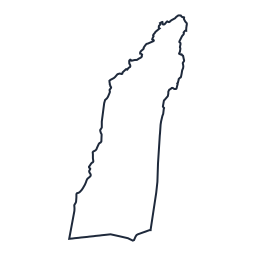 the Province of Hilmand
{"feature_id": "AFG-1750", "entity_name": "Hilmand", "entity_type": "Province", "adm_level": 1, "iso_a3": "AFG", "parent_name": "Afghanistan", "parent_adm1": "", "projection": "equal_earth", "projection_center": [64.341, 31.376], "detail": "fine", "context": "isolated", "style": "outline", "palette": "slate", "viewbox_px": 256, "rotation_deg": 0, "n_neighbors": 0, "source": "natural_earth", "source_scale": "10m", "svg_char_len": 5284}
<svg xmlns="http://www.w3.org/2000/svg" viewBox="0 0 256 256"><path d="M150.6,230.1L149.6,230.1L138.1,234.2L136.6,235.0L135.6,236.5L134.0,240.1L132.8,240.6L127.9,238.2L120.1,236.4L110.6,234.3L104.1,235.0L102.0,235.2L99.9,235.5L97.8,235.7L95.7,235.9L93.6,236.2L91.5,236.4L89.4,236.6L87.3,236.9L85.2,237.1L83.1,237.3L80.9,237.5L78.8,237.8L76.7,238.0L74.6,238.2L72.5,238.5L70.4,238.7L69.2,238.8L74.4,210.9L74.5,208.3L74.3,205.7L74.3,205.2L74.5,204.7L75.6,202.9L75.9,202.3L76.1,201.4L76.4,197.3L76.4,194.5L76.5,193.9L76.8,193.5L77.0,193.2L77.4,193.1L77.7,193.0L78.2,192.9L78.6,192.8L80.0,191.8L81.8,189.8L83.0,188.0L84.9,184.7L85.9,182.4L86.5,180.6L87.0,179.5L87.5,178.7L89.8,176.8L90.5,176.0L90.7,175.4L90.7,174.8L90.6,174.4L90.4,173.9L90.2,173.6L89.6,172.7L89.4,172.2L89.2,171.8L89.2,170.9L90.2,169.1L90.2,168.9L90.2,168.5L89.6,168.1L89.3,167.8L89.0,167.2L89.0,166.7L89.3,166.3L89.7,165.8L91.1,163.6L91.6,163.1L92.0,162.7L92.8,162.3L93.1,161.9L93.3,161.5L93.3,161.0L92.9,158.2L92.9,154.4L92.7,152.3L93.3,151.5L94.9,150.7L95.5,150.3L96.3,149.5L96.6,148.9L97.0,147.8L98.8,143.9L99.2,143.4L99.6,143.0L100.5,142.6L101.3,141.6L101.4,140.7L101.4,140.1L101.6,135.1L101.6,134.5L101.5,134.1L101.3,133.7L100.8,132.8L100.2,130.7L100.3,129.8L101.3,128.4L101.8,127.4L101.8,121.5L104.2,103.1L105.1,100.0L106.9,98.4L107.3,97.8L108.0,96.7L109.5,93.1L109.8,92.3L109.9,91.7L109.6,90.4L109.6,89.9L109.7,89.6L110.3,88.9L110.9,88.1L111.1,87.6L111.1,87.2L110.5,86.5L110.4,86.3L110.3,86.0L110.3,85.8L110.3,85.5L110.2,85.2L109.8,84.6L109.8,84.4L109.8,84.1L109.8,83.6L109.6,82.8L109.4,80.8L110.4,79.9L113.8,78.1L114.5,77.5L115.0,77.1L117.4,74.3L117.8,74.1L118.1,74.0L118.3,74.0L119.3,73.6L119.6,73.6L120.1,73.6L121.4,74.0L122.0,73.9L122.3,73.7L122.4,73.4L122.4,73.0L122.5,72.7L122.6,72.4L122.9,72.1L125.9,69.3L126.2,69.1L126.4,69.1L126.8,69.5L127.1,69.7L127.3,69.5L127.6,69.3L127.8,68.8L128.1,68.4L128.7,67.8L129.3,67.4L130.0,67.0L130.2,66.7L130.3,66.3L130.3,65.8L130.2,65.2L130.0,64.7L129.8,64.3L129.4,63.8L129.3,63.6L129.3,63.3L129.2,62.0L129.2,60.9L129.4,60.5L129.5,60.3L130.0,59.9L130.2,59.7L130.4,59.7L130.5,59.7L130.7,59.8L130.8,60.2L130.8,60.5L131.2,60.7L131.7,60.7L134.7,60.0L136.9,59.9L137.3,59.7L138.7,58.7L140.7,57.7L141.4,57.1L141.8,56.6L141.7,56.3L141.7,55.9L141.8,55.6L142.0,55.0L142.1,54.7L141.8,54.3L141.0,53.8L140.4,53.5L140.2,53.5L140.2,53.3L140.1,53.1L140.2,52.4L140.6,51.6L141.4,50.7L143.1,49.3L143.5,48.9L143.7,48.5L143.7,48.3L143.6,48.1L143.7,47.9L143.8,47.5L144.5,46.4L145.1,45.6L145.7,44.8L146.1,44.3L146.5,44.0L146.8,43.8L147.8,43.6L153.3,41.2L153.6,41.0L153.8,40.7L153.8,40.4L153.6,40.1L153.4,39.9L152.4,39.5L152.2,39.4L152.2,39.2L152.3,39.0L152.5,38.5L152.9,37.5L153.3,36.8L153.5,36.4L153.6,36.1L153.5,35.9L153.4,35.8L153.2,35.7L153.1,35.3L153.4,34.7L153.8,34.1L154.6,33.2L155.0,32.7L155.3,32.1L155.8,31.6L159.6,28.4L158.9,28.0L158.8,27.7L158.8,27.3L158.8,26.6L158.9,26.1L159.1,25.7L160.4,24.4L160.5,24.2L160.4,23.8L160.3,23.7L160.0,23.1L161.8,22.1L162.4,22.0L162.5,22.4L162.5,22.6L162.7,23.9L162.8,24.1L163.0,24.4L163.6,24.5L163.9,24.5L164.1,24.4L164.4,24.3L164.7,24.1L165.0,23.8L166.4,22.1L166.9,21.6L167.2,21.4L167.5,21.5L167.8,21.7L168.1,21.9L168.9,22.1L169.3,22.0L169.6,21.9L170.0,21.4L171.1,20.5L171.2,20.4L171.3,20.3L175.0,18.3L175.2,18.1L175.7,17.5L176.4,16.8L178.2,15.5L178.7,15.4L179.2,15.4L180.8,15.5L181.6,16.6L182.4,17.1L183.8,17.2L184.1,17.4L184.1,17.6L184.1,17.9L184.0,18.2L183.9,18.4L183.9,18.7L184.0,19.2L185.0,21.1L185.4,21.7L185.8,22.2L186.4,22.7L186.6,23.1L186.8,23.5L186.8,24.5L186.8,24.9L186.7,25.3L186.6,25.6L186.5,25.8L186.5,26.5L186.5,26.8L186.3,27.5L186.3,28.3L186.2,28.8L186.2,29.1L186.2,29.5L186.2,29.9L186.2,30.7L185.5,30.5L185.2,30.7L184.9,30.9L184.0,32.0L183.7,32.3L183.6,32.6L183.8,33.0L183.8,33.3L183.8,33.5L183.8,33.8L183.6,34.3L182.9,35.2L182.4,35.6L181.9,36.4L179.4,41.4L179.4,41.7L179.4,41.9L179.4,42.1L179.6,42.3L180.1,42.7L180.2,42.8L180.4,43.0L180.5,43.5L180.5,43.8L180.5,44.3L180.0,46.6L179.9,47.0L180.0,47.3L180.0,47.6L180.2,47.8L180.3,48.3L180.4,48.7L179.9,51.7L179.1,53.5L179.3,53.9L179.6,53.9L179.9,54.1L180.4,54.4L180.6,54.5L181.4,54.3L181.7,54.4L181.8,54.6L182.0,55.0L182.2,55.3L182.4,55.4L182.5,55.4L183.0,55.7L183.2,56.3L183.7,58.8L184.0,59.9L184.1,60.6L184.0,61.1L183.6,61.7L183.0,62.6L182.8,63.0L182.8,63.3L182.8,63.6L182.9,63.8L183.0,64.2L183.1,64.8L183.3,66.1L183.3,66.7L183.2,67.3L183.1,68.1L183.0,68.4L182.9,68.7L182.5,69.4L182.1,70.7L181.6,73.8L181.0,76.7L180.9,77.0L180.7,77.4L179.9,77.8L178.7,79.1L178.6,79.9L178.5,80.2L178.5,80.6L178.1,81.6L178.1,81.9L178.0,82.5L177.9,82.8L177.8,83.0L177.4,83.2L177.3,83.3L177.2,83.5L177.3,83.7L177.4,83.8L177.6,84.0L177.6,84.3L177.5,84.8L177.2,85.6L176.6,88.2L176.4,88.7L176.1,88.9L175.4,89.0L174.6,89.0L174.2,88.9L173.8,88.7L173.1,88.2L172.8,88.0L172.1,87.9L171.7,88.0L171.4,88.3L170.7,88.9L169.9,89.4L169.6,89.5L169.4,89.6L169.2,89.8L169.0,90.2L168.7,90.8L168.3,91.8L168.3,93.7L167.9,95.8L167.7,96.3L167.0,97.1L165.2,99.2L164.9,99.6L164.1,100.3L164.0,100.5L163.9,100.7L163.8,101.2L163.0,105.9L162.9,106.5L163.1,106.9L163.5,107.4L163.8,107.7L164.0,107.8L164.1,108.0L163.8,108.8L163.2,113.8L163.1,114.1L162.4,115.9L161.1,121.4L160.6,124.6L160.0,133.4L159.8,135.3L158.0,163.5L157.4,181.9L156.2,192.9L150.6,229.8L150.6,230.1L150.6,230.1Z" fill="none" stroke="#1e293b" stroke-width="2"/></svg>